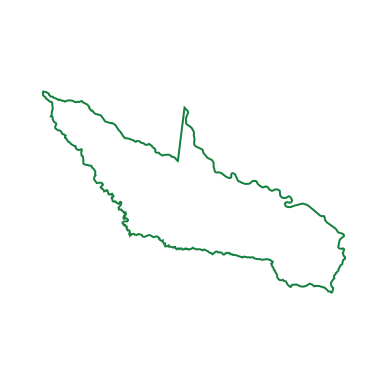 Araguaiana, Mato Grosso, Brazil, rotated 277°
{"feature_id": "56859067B99651532330055", "entity_name": "Araguaiana", "entity_type": "district", "adm_level": 2, "iso_a3": "BRA", "parent_name": "Brazil", "parent_adm1": "Mato Grosso", "projection": "orthographic", "projection_center": [-51.78, -15.076], "detail": "fine", "context": "isolated", "style": "outline", "palette": "green", "viewbox_px": 384, "rotation_deg": 277, "n_neighbors": 0, "source": "geoboundaries", "source_scale": "gbopen_adm2", "svg_char_len": 6059}
<svg xmlns="http://www.w3.org/2000/svg" viewBox="0 0 384 384"><g transform="rotate(277 192 192)"><path d="M182.5,106.2L183.2,106.6L183.5,107.4L181.4,108.8L179.8,109.2L179.4,110.2L180.1,111.9L179.6,112.5L180.3,113.0L178.5,114.6L177.4,114.2L177.2,113.3L176.2,112.9L174.7,114.0L173.3,114.3L172.8,115.1L172.9,116.0L173.4,116.5L173.3,117.4L172.3,117.9L172.0,119.2L171.5,119.9L171.4,121.0L171.7,121.6L173.0,121.4L173.5,122.1L173.3,122.8L172.0,123.2L170.0,122.7L167.8,121.1L165.8,121.5L165.7,123.1L166.0,123.9L164.6,125.1L164.3,126.4L163.2,126.9L163.2,127.6L163.7,128.5L161.9,129.1L161.7,128.3L161.2,128.7L160.0,128.4L159.9,127.6L159.1,127.8L158.6,127.0L157.2,127.4L157.1,128.2L157.9,129.5L157.9,130.2L156.7,131.8L155.9,131.9L155.0,131.4L154.6,128.4L153.5,126.8L152.3,127.0L151.6,127.9L151.3,129.3L150.6,128.9L149.7,131.5L148.9,131.1L147.6,132.2L147.1,131.9L146.0,133.0L146.3,133.9L146.1,134.6L144.6,135.2L143.0,134.7L141.5,135.5L142.5,135.7L142.1,136.5L142.9,136.6L142.6,137.5L143.4,139.4L142.6,140.5L142.8,141.2L142.5,142.4L143.8,143.9L143.3,147.3L141.8,148.4L141.7,149.3L141.7,150.3L144.0,154.3L144.0,155.8L142.5,159.1L142.6,159.7L143.6,161.6L143.4,163.5L142.2,165.2L141.5,165.0L141.3,165.6L140.7,165.8L139.9,167.2L140.0,168.2L140.4,168.9L139.0,169.0L138.4,169.4L137.7,170.5L136.9,170.8L137.4,171.6L134.8,172.0L135.1,174.0L136.0,175.2L135.1,175.3L134.8,176.1L135.2,176.8L135.2,177.5L134.5,180.0L135.4,181.2L135.4,181.9L134.6,182.0L133.3,183.8L134.2,184.6L134.4,185.7L133.7,186.2L134.8,188.0L134.7,188.5L133.8,189.2L133.8,190.2L135.2,192.5L134.5,192.9L135.1,194.6L134.4,195.8L136.1,199.1L136.7,199.5L136.1,200.8L136.2,201.6L135.6,203.5L136.1,206.0L135.9,208.4L135.4,209.7L135.9,210.0L136.4,211.3L135.0,215.2L133.8,217.0L133.6,219.0L132.7,219.9L135.9,223.1L136.0,223.9L135.8,224.7L135.2,225.2L135.6,227.4L135.0,229.5L134.1,230.1L133.7,230.8L134.0,231.8L134.7,232.6L135.3,232.7L135.8,233.6L135.9,234.5L135.6,235.4L136.1,236.5L134.8,237.9L135.2,239.1L134.5,240.2L134.8,242.4L133.2,250.1L134.0,250.7L134.2,252.0L133.9,255.4L134.2,256.4L134.1,258.3L134.7,260.3L133.6,262.6L133.4,265.4L133.7,267.9L133.2,269.5L134.6,275.0L134.2,276.1L134.2,278.0L132.8,279.6L132.8,280.6L130.7,280.2L130.4,279.4L127.5,281.0L127.2,281.6L125.5,282.6L124.8,282.7L124.3,283.7L123.6,283.9L120.4,286.3L117.6,287.1L115.8,288.9L115.3,289.8L115.3,292.0L116.0,292.8L115.0,294.1L114.7,296.0L113.8,296.9L112.4,297.6L111.0,299.1L110.0,300.5L109.8,301.4L110.1,302.0L111.0,301.9L111.7,302.3L112.5,304.5L112.9,307.5L111.6,310.8L111.6,313.9L112.6,316.6L115.3,319.8L114.7,322.5L113.2,324.8L113.8,325.9L114.2,329.6L113.3,334.0L113.4,335.0L111.4,337.9L109.9,339.5L110.1,341.1L109.2,342.9L110.8,343.6L114.0,343.8L115.1,342.1L118.5,340.9L121.3,342.2L123.9,343.8L125.1,343.2L126.4,343.3L127.9,344.5L128.9,344.5L129.5,345.2L132.2,347.0L133.3,346.9L137.3,348.4L138.9,350.0L141.2,350.0L143.4,350.6L143.9,351.6L145.1,352.1L146.6,351.4L147.0,350.4L149.8,349.1L150.5,349.6L151.6,349.5L153.1,350.0L153.9,349.8L154.4,349.0L153.8,347.3L153.9,345.2L154.8,344.0L155.3,343.8L162.4,344.4L164.0,345.5L166.5,348.1L167.9,348.0L168.9,346.7L169.8,341.9L173.1,339.1L178.1,329.9L180.1,327.6L183.1,326.7L184.0,326.1L184.2,325.3L183.7,323.9L184.3,321.9L192.2,309.8L193.4,307.2L194.0,303.1L190.7,294.8L189.2,292.1L188.9,291.1L188.8,288.4L189.4,286.9L190.0,286.2L192.0,285.7L192.8,286.1L193.6,287.9L193.2,290.1L193.7,291.5L195.5,292.4L196.9,291.9L199.2,289.9L199.6,288.5L198.1,286.7L197.4,285.2L197.2,283.2L197.6,281.7L199.1,280.0L203.8,279.0L204.8,277.3L204.9,275.5L204.7,274.1L203.2,272.2L202.9,271.0L203.8,268.7L205.8,266.9L206.4,265.6L206.5,264.5L205.4,262.4L205.3,260.9L207.1,257.5L208.1,256.2L210.2,254.9L210.8,253.5L210.1,250.4L208.0,248.9L207.2,247.8L206.5,244.1L207.1,240.7L208.8,236.2L214.6,232.7L215.6,231.1L215.5,229.6L214.8,229.0L213.9,228.8L211.6,229.2L211.0,228.9L210.4,227.5L211.1,224.3L214.6,218.3L214.8,215.4L214.3,214.1L214.4,213.2L215.1,212.3L215.9,211.9L220.1,210.3L223.5,209.9L225.7,208.4L226.2,207.8L227.6,203.7L228.2,202.8L232.1,198.6L234.9,197.6L235.5,196.8L237.9,189.8L239.3,188.5L241.0,188.1L245.2,188.1L248.0,186.9L251.1,186.8L253.1,185.7L255.9,183.5L258.5,178.6L259.3,177.9L264.4,176.9L270.3,178.5L271.0,178.4L272.3,177.3L274.8,174.3L221.1,174.2L221.6,173.2L223.8,171.0L224.6,169.0L224.5,167.5L225.6,166.4L226.2,164.6L225.6,160.5L224.6,158.6L225.4,156.1L226.9,154.3L226.7,152.1L227.2,151.0L227.9,150.5L229.1,150.6L230.4,149.9L231.8,147.2L233.1,146.3L233.7,144.7L234.6,143.5L233.5,142.1L233.2,140.8L233.6,139.1L234.4,138.3L234.8,135.3L235.9,133.8L236.0,131.3L235.1,130.2L235.0,129.6L236.2,127.4L237.3,122.5L237.3,118.9L239.2,116.7L242.7,113.9L244.6,111.6L249.0,107.9L249.9,106.4L250.8,103.9L250.4,103.3L250.5,102.5L251.4,97.3L256.9,92.3L257.2,89.8L257.6,89.1L257.6,87.1L258.5,85.3L260.6,83.2L260.3,82.5L260.9,81.4L261.7,81.2L262.8,79.7L264.0,79.6L266.1,77.3L267.7,72.8L268.8,71.8L268.6,70.7L267.6,69.2L267.7,67.9L267.0,66.2L267.1,64.6L267.8,63.1L268.1,61.0L267.7,57.3L266.2,54.8L266.8,53.6L266.8,51.6L267.5,50.0L267.5,49.0L267.0,48.5L268.1,46.1L268.8,43.0L269.6,42.4L269.5,39.9L270.3,39.4L270.7,38.5L272.2,37.9L272.6,37.1L273.4,34.7L273.6,32.2L272.9,31.9L269.8,32.4L267.9,35.2L266.9,35.8L266.5,36.8L264.4,39.9L264.3,41.6L263.3,42.4L257.2,43.7L256.5,43.4L254.1,43.1L251.5,43.4L250.0,42.8L250.2,43.6L249.4,44.5L246.8,45.0L244.7,46.7L243.6,48.8L242.6,49.1L240.1,48.2L238.7,48.5L237.1,51.0L236.9,51.7L237.0,52.6L236.5,54.2L235.1,55.5L234.3,55.7L233.5,56.9L233.6,57.7L232.6,59.7L231.2,59.2L230.4,59.3L229.8,60.8L228.6,61.3L227.4,62.8L226.5,63.4L226.2,64.7L225.6,65.5L225.0,65.8L223.3,69.6L223.4,70.7L222.6,71.2L221.6,71.1L220.3,72.6L219.8,74.2L221.0,77.0L220.4,77.6L218.4,77.2L215.0,77.8L214.5,78.2L214.3,79.1L213.5,79.5L211.4,80.1L207.2,80.6L206.5,81.5L206.0,83.3L206.2,84.8L205.7,86.6L205.8,88.7L205.2,89.4L204.2,89.6L203.1,91.4L200.7,93.5L197.6,93.7L197.0,94.3L194.9,93.2L192.5,93.3L189.3,96.4L190.2,100.3L189.7,101.9L188.3,102.7L187.7,102.4L187.3,101.6L186.1,101.4L185.5,100.8L184.5,101.7L184.5,102.4L183.4,103.7L182.7,104.5L181.9,104.7L182.5,106.2Z" fill="none" stroke="#15803d" stroke-width="2"/></g></svg>